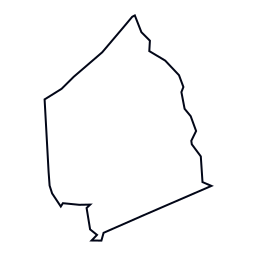 Scott, Kentucky, United States of America
{"feature_id": "52423323B62206076299772", "entity_name": "Scott", "entity_type": "district", "adm_level": 2, "iso_a3": "USA", "parent_name": "United States of America", "parent_adm1": "Kentucky", "projection": "robinson", "projection_center": [-84.575, 38.305], "detail": "fine", "context": "isolated", "style": "outline", "palette": "ink", "viewbox_px": 256, "rotation_deg": 0, "n_neighbors": 0, "source": "geoboundaries", "source_scale": "gbopen_adm2", "svg_char_len": 542}
<svg xmlns="http://www.w3.org/2000/svg" viewBox="0 0 256 256"><path d="M123.4,27.3L102.2,52.3L73.7,76.8L61.6,88.8L44.6,99.4L48.6,172.0L49.6,185.6L52.1,193.4L60.8,206.5L62.9,203.2L79.2,204.8L90.2,204.6L86.6,208.0L90.1,229.4L97.0,234.9L91.6,240.5L101.4,240.6L103.6,232.8L143.9,215.1L211.4,185.9L202.5,182.1L200.8,156.4L191.8,144.3L191.3,140.8L196.1,131.0L190.7,116.2L184.6,108.8L181.4,92.1L183.4,87.0L179.0,75.2L165.2,60.6L149.3,51.1L149.9,40.7L141.4,32.2L134.8,15.4L132.2,16.8L123.4,27.3Z" fill="none" stroke="#020617" stroke-width="2"/></svg>